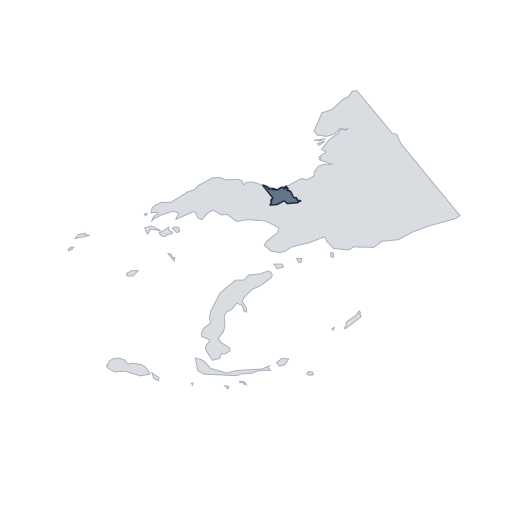 Kerema District, Gulf, Papua New Guinea (highlighted), rotated 141°
{"feature_id": "67681753B5662313405316", "entity_name": "Kerema District", "entity_type": "district", "adm_level": 2, "iso_a3": "PNG", "parent_name": "Papua New Guinea", "parent_adm1": "Gulf", "projection": "orthographic", "projection_center": [146.045, -7.858], "detail": "fine", "context": "in_parent", "style": "filled", "palette": "slate", "viewbox_px": 512, "rotation_deg": 141, "n_neighbors": 0, "source": "geoboundaries", "source_scale": "gbopen_adm2", "svg_char_len": 7464}
<svg xmlns="http://www.w3.org/2000/svg" viewBox="0 0 512 512"><g transform="rotate(141 256 256)"><path d="M73.6,321.0L72.9,265.9L70.1,261.8L72.7,252.0L72.1,159.1L77.3,159.5L102.8,170.6L120.0,176.3L135.0,179.0L148.9,188.2L159.1,188.6L174.3,201.6L180.4,202.5L191.1,213.3L191.8,222.2L190.6,227.8L206.9,233.1L222.5,240.6L231.0,241.4L235.7,244.1L241.5,250.6L242.6,259.2L239.2,260.7L224.6,260.6L220.5,263.4L226.3,277.0L239.4,289.4L249.3,295.1L252.2,306.3L257.2,309.9L260.4,318.8L265.5,319.7L275.5,318.4L277.1,322.1L275.6,327.7L277.0,330.0L295.3,334.9L289.1,337.8L291.9,342.9L303.8,347.4L311.1,349.2L315.6,348.7L310.4,351.2L305.7,350.4L304.9,351.2L306.7,353.4L310.6,355.7L306.5,358.6L302.5,359.0L295.2,357.0L288.8,351.4L268.9,348.8L262.0,346.3L256.5,347.1L240.3,344.0L235.0,340.1L231.5,334.1L221.9,327.0L219.7,323.5L220.6,318.8L218.0,319.5L212.4,316.1L197.7,294.3L190.2,291.2L171.6,287.5L168.9,283.3L160.2,281.7L158.2,284.5L151.1,286.5L145.1,284.4L139.0,279.1L146.2,291.1L143.7,291.1L144.9,293.0L143.5,293.3L135.8,292.6L138.1,297.6L125.4,300.4L115.9,299.5L111.4,300.8L109.5,300.7L107.0,297.0L103.5,297.7L106.4,297.7L110.2,302.0L118.1,301.3L125.8,304.5L132.4,311.6L132.2,316.5L114.6,325.8L104.3,322.0L89.4,323.1L84.1,321.7L77.5,323.5L73.6,321.0ZM341.2,199.3L344.8,201.8L348.5,199.2L355.6,202.5L354.2,214.5L351.8,217.8L345.8,218.9L345.0,220.6L348.9,227.7L347.3,230.2L342.0,232.8L333.4,232.4L331.1,237.2L326.2,241.4L307.5,249.8L287.3,250.2L280.6,244.9L273.6,245.8L264.2,239.5L256.4,236.9L254.8,234.5L255.0,231.5L257.2,229.6L271.2,230.1L280.1,232.6L291.8,231.2L295.1,229.3L296.3,221.7L298.3,218.5L300.3,220.0L297.8,225.9L300.5,231.3L308.8,229.8L314.1,231.1L318.2,229.6L324.2,221.3L328.9,217.6L337.4,215.8L337.3,209.7L334.4,201.2L335.6,198.8L341.2,199.3ZM441.9,262.6L440.8,265.3L440.3,264.4L436.0,266.8L431.2,265.9L427.0,263.1L423.7,258.2L423.7,252.7L419.0,250.2L413.0,243.1L411.8,238.5L412.5,231.0L421.3,235.6L430.2,248.8L438.8,254.9L441.9,262.6ZM373.5,203.1L367.5,215.0L363.8,210.0L362.4,206.6L362.1,197.5L352.6,183.7L342.8,179.0L322.8,164.6L314.8,162.2L316.8,161.6L316.8,158.1L326.7,165.6L332.9,167.5L341.0,173.3L346.6,175.4L370.7,196.9L373.5,203.1ZM213.2,142.6L232.4,143.2L232.7,144.8L230.2,145.0L226.9,147.8L215.5,147.0L210.5,148.4L210.2,146.4L212.0,145.8L211.7,143.7L213.2,142.6ZM308.1,326.5L311.5,328.6L314.4,328.4L316.6,330.7L316.9,334.6L315.7,335.5L314.9,334.3L305.7,333.4L307.5,331.2L305.8,326.8L308.1,326.5ZM307.2,160.2L300.4,160.1L295.4,155.5L302.0,153.3L307.0,155.5L307.2,160.2ZM321.3,343.4L325.7,341.1L326.6,341.9L324.9,347.8L318.3,345.2L314.0,335.6L321.3,343.4ZM356.8,318.8L364.0,317.8L367.5,320.4L368.5,321.4L367.7,323.9L361.7,322.7L356.8,318.8ZM372.3,376.6L385.6,383.4L380.6,384.4L376.4,382.5L376.0,380.9L374.2,381.4L375.1,380.3L372.3,376.6ZM247.1,238.4L241.0,233.4L241.4,230.1L247.8,233.1L247.1,238.4ZM303.5,330.1L301.8,330.3L297.8,326.8L300.3,322.9L303.0,324.4L303.5,330.1ZM410.4,230.7L407.9,222.6L410.2,220.3L412.5,225.4L410.4,230.7ZM226.1,228.5L221.9,225.4L225.0,222.5L226.8,224.0L226.1,228.5ZM290.6,132.6L288.2,133.2L285.1,130.6L286.0,127.6L289.6,129.6L290.6,132.6ZM198.2,208.8L195.7,211.7L194.0,209.5L196.8,206.3L198.2,208.8ZM322.8,303.6L322.8,313.2L321.0,311.3L321.9,307.3L320.0,306.2L322.8,303.6ZM134.0,305.5L138.1,309.4L128.2,303.2L134.0,305.5ZM137.5,304.6L132.1,303.0L131.0,301.8L137.4,302.3L137.5,304.6ZM398.4,378.0L398.0,379.4L394.5,379.5L392.2,377.6L394.4,378.0L394.1,376.7L398.4,378.0ZM361.6,170.4L361.8,174.8L359.2,171.7L361.6,170.4ZM348.3,167.8L347.2,169.0L344.7,165.9L345.2,165.3L348.3,167.8ZM316.7,356.9L316.3,358.9L313.9,357.9L314.3,356.6L316.7,356.9ZM346.1,164.4L344.2,164.9L344.5,161.9L346.1,164.4ZM242.6,149.5L242.8,151.7L240.1,151.2L242.6,149.5ZM386.7,195.6L386.3,197.7L384.9,197.0L386.7,195.6Z" fill="#d9dde1" stroke="#a8b0b8" stroke-width="1"/><path d="M212.9,286.6L207.0,282.6L199.9,281.3L199.1,280.6L198.7,277.0L189.8,271.1L189.7,271.2L189.5,271.3L189.4,271.3L189.2,271.4L188.8,271.4L188.6,271.3L188.3,271.3L188.2,271.2L188.0,271.3L187.9,271.2L187.5,271.0L187.4,271.0L187.3,270.9L187.2,270.9L186.9,270.7L186.7,270.9L186.9,271.1L187.0,271.2L187.0,271.3L186.9,271.3L187.0,271.4L187.2,271.8L187.5,271.8L187.8,271.5L188.0,271.7L188.5,272.0L188.6,272.3L188.6,272.5L188.8,272.9L188.7,273.1L188.6,273.3L188.3,273.7L188.3,273.9L188.2,273.9L188.1,274.0L188.2,274.4L188.1,274.5L188.2,274.8L188.3,275.0L188.2,274.9L188.3,275.1L188.2,275.2L188.1,275.5L188.2,275.8L188.1,276.3L189.2,276.6L189.6,277.6L189.9,278.3L188.5,283.6L188.6,283.8L188.7,284.3L188.6,284.5L188.8,284.6L188.8,284.8L189.0,285.1L189.0,285.4L189.1,285.5L189.1,285.9L189.3,286.0L189.5,286.3L189.8,286.5L189.9,286.8L190.1,287.1L190.3,287.5L190.1,287.5L190.1,287.4L189.9,287.5L189.9,287.4L189.8,287.5L189.7,287.4L189.2,287.9L189.3,288.2L189.1,288.1L188.8,288.3L188.8,288.5L188.7,288.5L188.8,288.8L188.8,289.0L189.0,289.0L189.1,289.7L188.7,290.6L188.6,291.3L189.2,291.4L189.7,291.4L190.0,291.4L190.6,291.2L190.9,291.2L191.0,291.1L190.9,291.0L190.7,290.9L190.3,291.1L190.0,291.1L190.2,290.9L190.4,290.8L190.4,290.7L190.5,290.7L190.9,290.5L190.7,290.7L190.7,290.8L190.9,290.9L191.1,291.0L191.7,290.4L191.8,290.3L192.0,290.2L192.3,290.0L192.2,290.1L192.0,290.3L191.8,290.5L191.5,290.8L191.4,290.9L191.5,291.0L191.8,291.3L191.8,291.2L191.8,291.4L192.0,291.4L192.1,291.6L192.0,291.8L192.2,292.0L192.3,292.0L192.1,292.0L191.9,291.8L191.9,291.7L192.0,291.6L191.8,291.4L191.6,291.3L191.0,291.4L191.0,291.5L191.3,291.7L191.5,291.8L191.6,292.1L191.7,292.3L191.8,292.4L192.0,292.4L192.1,292.6L192.5,293.0L192.9,293.2L193.1,293.3L193.5,293.4L193.8,293.5L194.4,293.5L194.6,293.5L195.4,293.6L195.5,293.6L195.8,293.6L195.7,293.7L195.8,293.7L196.5,293.8L196.8,293.8L197.2,293.9L197.7,294.1L198.3,294.5L198.7,294.7L198.8,294.8L198.7,294.9L198.8,295.1L199.1,295.5L199.3,295.7L199.2,295.6L199.3,295.5L199.5,295.6L199.5,295.8L199.6,296.1L199.8,296.1L199.9,296.3L200.0,296.3L199.9,296.4L199.8,296.2L199.7,296.2L199.7,296.3L199.8,296.4L199.7,296.4L199.7,296.5L199.5,296.2L199.3,296.0L199.3,296.4L199.5,296.7L199.7,297.0L200.0,297.3L200.4,297.4L200.3,297.5L200.5,297.6L200.8,297.7L200.9,297.8L201.0,297.7L201.0,297.9L200.9,297.9L201.0,298.0L201.3,298.1L201.6,298.3L201.9,298.4L202.0,298.4L202.0,298.5L202.3,298.7L202.5,298.9L202.4,298.8L202.5,298.7L202.6,298.8L202.7,299.0L203.0,299.3L203.2,299.6L203.4,299.8L203.7,300.0L203.9,300.0L203.6,300.0L203.5,299.9L203.4,299.8L203.1,299.8L203.3,300.1L203.1,300.0L203.0,299.6L203.0,300.0L203.1,300.3L203.4,300.6L203.5,300.7L203.6,301.0L203.7,300.9L203.7,301.0L203.7,301.5L203.6,301.8L203.6,302.0L203.6,302.5L203.8,302.8L203.9,303.0L204.0,303.2L204.1,303.6L204.4,304.1L204.4,304.3L204.6,304.5L204.8,304.8L204.9,305.0L205.1,305.4L205.2,305.5L205.3,305.7L205.3,305.8L205.5,305.9L205.6,306.1L205.9,306.5L206.0,306.5L206.1,306.8L206.3,306.9L206.3,307.0L206.4,290.3L207.7,290.3L207.7,290.2L207.9,290.2L208.0,290.1L208.3,290.1L208.5,290.2L208.8,290.2L209.0,290.2L209.1,289.9L209.3,289.8L209.3,289.7L209.4,289.8L209.5,289.7L209.8,289.4L209.8,289.2L209.9,288.9L209.9,288.7L210.0,288.5L210.1,288.3L210.3,288.2L210.5,288.0L210.6,287.8L210.8,287.7L211.1,287.7L211.3,287.5L211.5,287.5L211.8,287.5L211.9,287.4L212.1,287.3L212.3,287.2L212.5,287.1L212.8,286.8L212.9,286.7L212.9,286.6ZM200.9,297.8L200.7,297.8L200.4,297.6L200.6,297.8L200.9,297.8ZM200.4,297.6L200.2,297.4L200.3,297.6L200.4,297.6ZM198.6,294.8L198.5,294.7L198.4,294.7L198.5,294.7L198.5,294.8L198.6,294.8ZM190.3,290.9L190.5,290.8L190.3,290.9L190.3,290.9Z" fill="#64748b" stroke="#1e293b" stroke-width="1.5"/></g></svg>